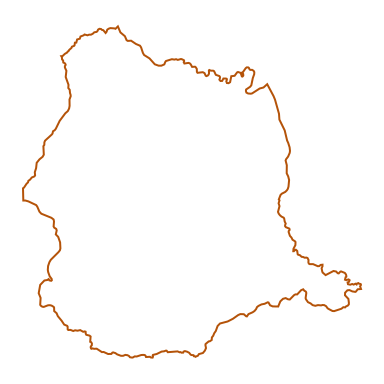 Muecate, Nampula, Mozambique (Robinson projection)
{"feature_id": "85939544B7087427782291", "entity_name": "Muecate", "entity_type": "district", "adm_level": 2, "iso_a3": "MOZ", "parent_name": "Mozambique", "parent_adm1": "Nampula", "projection": "robinson", "projection_center": [39.557, -14.66], "detail": "fine", "context": "isolated", "style": "outline", "palette": "amber", "viewbox_px": 384, "rotation_deg": 0, "n_neighbors": 0, "source": "geoboundaries", "source_scale": "gbopen_adm2", "svg_char_len": 5818}
<svg xmlns="http://www.w3.org/2000/svg" viewBox="0 0 384 384"><path d="M87.5,35.3L84.5,34.5L83.7,35.3L80.5,36.5L79.8,38.7L77.1,39.5L76.3,42.6L74.9,42.7L74.5,45.4L74.2,45.8L71.9,46.7L71.4,48.0L69.2,49.9L68.7,50.9L67.6,51.6L67.3,52.4L64.8,53.9L62.5,56.1L61.3,56.2L61.9,57.2L62.1,59.5L63.1,60.4L63.3,62.5L64.9,63.3L65.6,64.4L65.6,65.0L64.9,66.1L64.9,67.5L66.4,70.8L65.7,77.0L68.5,84.8L68.3,88.0L69.7,89.8L70.0,93.0L70.6,94.9L70.7,96.2L69.5,99.5L69.6,105.9L69.1,108.5L67.8,111.1L65.3,113.3L59.7,120.8L55.8,128.8L54.7,130.2L53.0,131.3L52.5,133.6L51.8,134.5L45.1,140.6L44.4,142.3L44.3,144.9L43.4,146.2L43.8,154.7L42.6,156.8L39.5,159.3L36.7,162.8L36.1,168.2L34.8,172.2L35.1,175.4L34.4,176.4L31.8,177.5L30.0,179.7L28.4,180.8L28.0,182.4L26.6,183.7L24.0,187.6L23.0,188.3L23.3,200.5L25.3,200.5L28.4,201.4L36.2,205.1L37.3,206.7L39.4,211.6L41.3,213.7L51.4,217.8L53.6,219.5L54.0,221.5L53.6,226.5L54.3,227.7L56.2,228.9L56.7,230.4L55.8,234.4L58.2,236.9L60.1,242.4L60.4,248.4L59.9,250.3L58.5,252.1L50.8,259.8L49.4,262.2L48.1,266.0L47.8,269.9L48.2,272.2L49.7,276.3L51.7,279.0L51.8,280.3L51.2,280.8L49.4,280.4L48.6,279.1L47.3,280.0L44.4,280.5L40.2,284.9L38.7,293.2L40.6,297.9L40.2,304.8L40.8,305.7L42.3,306.7L43.8,306.9L48.0,305.3L50.0,305.2L51.6,305.6L53.7,306.9L54.1,307.7L54.2,311.1L56.6,313.2L57.8,316.1L61.6,320.7L64.2,324.6L67.1,325.8L67.6,326.5L67.7,329.4L68.3,330.0L70.5,329.9L73.2,331.0L75.1,330.3L77.6,330.7L80.2,330.1L83.2,331.8L84.7,331.4L85.6,331.7L85.7,333.6L86.3,334.8L89.5,335.6L90.6,336.5L90.2,341.8L91.2,342.2L91.9,343.4L91.8,345.3L90.8,346.5L90.7,347.6L91.1,348.6L91.6,348.8L92.4,348.4L94.1,348.8L96.7,348.7L101.9,352.1L103.7,352.0L108.1,354.0L111.4,353.9L112.3,352.7L113.1,352.4L115.4,353.1L117.2,354.4L121.0,355.8L123.1,355.8L125.3,354.9L127.5,355.2L129.1,356.1L129.9,357.2L131.5,357.5L132.8,357.5L134.7,356.4L136.7,356.5L141.3,355.0L143.8,354.9L144.8,355.1L145.5,355.7L146.0,357.0L149.9,356.8L150.9,357.5L152.6,357.6L153.0,356.7L152.7,355.4L153.0,354.9L156.7,354.0L161.6,351.6L164.1,351.3L166.0,350.6L166.6,350.7L167.8,352.2L177.5,351.4L179.7,352.3L180.5,352.1L181.6,352.7L183.2,352.6L183.6,351.6L184.9,351.1L187.1,351.7L189.2,352.8L190.5,354.5L191.3,355.0L193.5,355.2L193.9,356.2L194.8,356.2L195.4,356.8L197.9,355.7L198.9,354.1L202.9,353.0L204.9,350.6L206.0,348.1L205.4,345.0L205.6,344.0L208.7,341.4L209.8,341.3L211.7,340.0L211.9,337.4L213.2,335.8L214.2,333.3L215.8,331.0L217.6,326.0L220.0,323.5L227.6,321.5L232.9,318.8L238.1,315.1L240.3,314.1L243.8,314.2L246.2,316.3L246.9,316.4L248.5,314.1L252.6,312.3L254.5,311.0L256.1,309.1L257.0,307.1L258.5,305.9L261.5,304.4L264.6,303.8L267.7,302.3L268.5,302.5L270.1,305.3L272.7,306.4L278.2,306.5L280.3,301.4L283.0,298.8L285.7,298.1L288.0,299.3L289.8,299.5L294.1,295.1L295.4,294.4L297.2,294.4L301.1,290.2L303.2,289.3L304.3,290.7L305.7,291.5L306.1,292.1L306.3,293.1L305.6,298.1L305.9,299.2L308.0,302.2L310.6,303.4L312.6,305.1L315.3,305.8L318.0,305.1L321.1,305.4L322.5,305.0L324.2,305.1L326.1,306.2L327.6,308.3L328.7,309.0L332.5,311.0L334.2,311.1L341.5,308.7L343.3,307.2L345.1,307.4L345.9,306.5L347.8,305.6L348.8,304.4L348.9,302.9L348.4,298.9L345.0,295.3L345.1,292.7L347.4,290.3L349.5,290.1L352.3,291.4L355.3,291.9L355.9,291.6L357.7,289.3L361.0,289.0L360.1,286.3L360.9,285.1L360.9,284.4L360.6,284.0L359.0,283.7L358.4,283.1L357.1,283.5L356.6,284.5L355.4,283.7L353.7,284.6L352.2,284.0L350.2,284.7L348.0,284.2L347.6,282.4L348.9,281.9L349.6,280.2L348.6,279.4L346.1,280.1L345.0,279.7L345.6,277.2L346.3,276.8L346.4,276.2L346.0,274.5L344.8,272.9L341.0,271.4L340.3,271.7L338.7,273.4L337.7,273.2L336.1,271.5L333.5,271.0L325.6,275.1L322.6,272.5L322.2,271.3L321.6,268.2L322.5,266.3L322.5,264.7L320.7,264.9L319.2,266.1L317.8,266.2L313.0,264.1L309.7,264.1L308.8,263.6L308.4,262.4L308.5,259.9L307.5,258.0L306.5,257.6L304.6,257.7L303.2,257.0L301.6,256.8L299.9,255.2L298.1,254.7L297.7,254.3L297.2,250.9L295.8,249.7L295.2,249.8L293.9,251.2L293.3,251.2L293.5,248.7L295.4,245.1L295.5,242.0L295.0,241.3L292.5,239.7L291.5,237.6L289.9,235.8L288.6,231.9L288.8,230.9L289.5,230.2L289.6,229.3L289.3,228.6L285.9,227.2L285.1,226.2L285.1,225.2L285.7,223.6L284.7,221.5L284.2,218.6L283.7,217.7L281.5,216.6L279.9,215.2L278.7,213.6L278.0,211.9L279.5,206.1L278.6,203.3L279.5,200.3L278.8,199.5L280.5,195.0L281.8,193.7L285.3,191.9L286.9,190.3L287.8,188.9L288.5,186.6L289.1,180.0L288.2,176.4L286.7,173.3L286.8,165.2L285.6,160.5L286.1,159.2L288.1,156.6L289.7,152.9L290.0,150.9L289.6,147.3L288.2,142.9L287.1,140.5L284.7,130.4L279.4,119.6L279.0,113.8L275.0,99.6L273.5,96.0L267.2,84.2L263.5,87.5L259.7,88.5L252.1,93.4L250.9,93.7L248.1,93.5L246.4,92.6L245.9,90.9L246.1,89.5L250.1,86.8L251.3,85.3L252.8,78.1L254.2,74.2L254.3,72.1L253.6,70.8L252.2,69.9L250.3,69.9L249.6,69.4L248.8,67.8L248.2,67.4L246.7,67.4L245.7,68.2L243.1,71.9L242.3,72.4L243.2,74.0L243.3,75.6L242.8,76.3L242.2,76.6L241.8,76.3L240.9,73.6L240.2,72.7L238.0,72.0L237.1,72.4L234.6,75.8L231.3,76.2L230.1,82.2L228.5,83.2L226.9,83.0L226.3,81.4L226.9,79.6L226.7,78.8L225.8,78.5L223.4,78.5L222.2,80.9L220.5,81.0L219.4,79.7L220.0,77.9L219.9,76.8L219.4,76.1L215.8,74.8L214.1,71.2L213.2,70.7L211.0,70.7L209.3,70.0L208.9,70.4L209.0,73.4L208.6,74.6L207.7,75.6L206.4,76.1L205.7,75.7L204.5,73.1L202.8,72.2L197.5,72.8L196.9,71.9L196.8,68.9L195.7,67.2L195.0,66.7L192.1,66.9L190.7,64.3L189.7,63.3L188.5,62.9L184.4,63.5L183.7,62.2L184.2,61.1L184.0,60.3L182.3,59.4L181.0,59.0L177.8,59.9L176.1,59.2L174.4,59.6L171.9,59.2L166.0,61.0L165.3,61.9L164.3,64.4L161.3,65.7L158.7,65.7L154.8,64.3L149.5,58.4L144.1,55.0L142.9,52.9L141.1,47.4L140.0,45.7L136.0,44.0L131.1,40.7L127.8,40.9L126.6,40.2L124.9,36.2L120.4,32.4L117.9,26.4L115.5,28.8L114.4,28.4L110.4,28.1L108.9,28.6L107.3,29.6L106.5,31.9L105.6,33.0L103.3,30.2L102.0,29.9L101.0,29.0L99.4,28.8L98.1,29.6L97.5,31.0L96.6,31.9L94.3,32.3L92.7,33.8L90.9,34.7L89.0,34.7L87.5,35.3Z" fill="none" stroke="#b45309" stroke-width="2"/></svg>